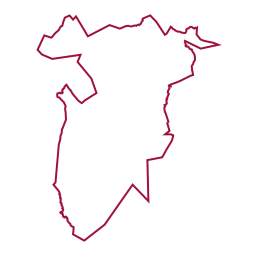 outline of Atlamajalcingo del Monte, Guerrero, Mexico
{"feature_id": "50627088B9042251287678", "entity_name": "Atlamajalcingo del Monte", "entity_type": "district", "adm_level": 2, "iso_a3": "MEX", "parent_name": "Mexico", "parent_adm1": "Guerrero", "projection": "robinson", "projection_center": [-98.589, 17.26], "detail": "fine", "context": "isolated", "style": "outline", "palette": "rose", "viewbox_px": 256, "rotation_deg": 0, "n_neighbors": 0, "source": "geoboundaries", "source_scale": "gbopen_adm2", "svg_char_len": 5179}
<svg xmlns="http://www.w3.org/2000/svg" viewBox="0 0 256 256"><path d="M197.0,27.7L196.6,28.0L196.2,28.1L195.3,27.7L195.0,28.0L194.6,28.4L194.5,28.6L194.3,28.6L192.9,27.8L192.6,27.6L192.2,27.2L191.4,26.8L190.3,26.9L189.9,27.1L189.7,27.3L189.4,27.7L188.7,28.3L187.8,28.5L187.3,28.8L186.5,29.1L186.4,29.3L186.3,29.6L186.3,30.3L186.3,31.0L186.2,31.6L185.9,32.2L185.6,32.5L185.2,33.0L184.6,33.1L181.8,32.6L181.1,32.4L180.1,31.8L179.8,31.7L179.5,31.7L178.2,31.7L177.8,31.7L176.3,30.9L175.3,30.6L175.2,30.5L175.1,30.2L174.8,29.9L174.4,29.6L174.0,29.5L173.5,29.2L173.1,28.9L172.5,28.5L172.2,28.2L171.9,27.5L171.7,27.3L170.7,26.7L170.5,27.1L170.4,27.6L169.8,28.5L169.3,29.2L166.7,33.6L164.9,34.8L156.2,21.6L152.8,18.2L150.2,15.4L143.2,18.4L143.0,18.7L142.9,18.8L142.6,19.0L142.4,19.2L142.4,19.4L142.5,19.6L142.8,20.1L142.8,20.4L142.8,20.6L142.2,21.2L141.8,21.6L141.5,21.9L141.4,22.4L141.2,23.1L141.1,23.4L140.8,23.8L140.4,24.0L139.8,24.7L139.4,25.0L139.2,24.7L138.7,24.6L138.1,24.7L137.6,24.9L136.9,25.4L136.3,25.8L136.0,25.8L135.5,25.6L135.0,25.5L134.4,25.6L133.6,25.7L132.7,26.2L131.8,26.4L130.7,26.4L129.9,26.3L128.5,25.9L127.9,25.9L126.7,26.1L126.4,26.1L126.1,26.0L119.9,28.6L109.5,25.1L87.9,36.3L76.0,16.4L73.1,19.6L69.5,15.5L64.8,17.7L63.2,22.2L62.3,25.8L62.0,26.1L60.7,26.5L58.5,30.4L55.2,33.2L51.7,37.4L51.0,37.6L44.3,35.4L37.6,49.8L41.9,54.5L52.2,58.9L80.5,54.8L77.6,61.9L91.4,78.6L96.5,93.0L85.0,100.3L83.9,101.2L83.5,101.7L82.9,102.2L81.9,103.0L81.4,102.9L80.6,102.4L79.5,101.6L78.0,100.3L75.8,97.6L73.5,94.9L72.2,93.2L70.9,90.7L69.4,89.2L68.4,87.8L66.5,84.7L66.3,84.8L65.9,85.2L65.4,85.8L65.3,86.0L64.8,86.3L64.5,86.8L64.4,87.1L64.5,87.3L64.5,87.6L64.5,87.8L64.4,87.9L64.1,88.1L63.7,88.5L63.3,88.7L63.2,89.2L63.0,89.3L62.7,89.3L62.2,90.4L62.1,90.7L62.2,90.9L62.4,91.3L62.5,91.6L62.4,91.8L62.4,92.1L62.3,92.3L62.5,92.6L62.0,92.9L62.0,93.0L62.1,93.3L61.9,93.4L61.5,93.2L61.2,93.2L60.9,93.3L60.7,93.3L60.6,93.1L60.5,92.9L60.3,92.8L60.1,92.7L59.6,92.7L59.3,92.8L58.9,93.1L57.4,93.4L57.2,94.9L57.2,95.8L57.3,96.6L57.7,97.1L58.5,97.4L59.2,97.5L59.8,98.0L60.9,99.4L62.6,101.0L63.7,102.2L64.3,103.2L65.1,105.0L65.4,105.4L65.6,105.9L65.6,106.5L65.3,107.3L65.2,107.7L65.2,108.5L65.2,109.6L65.3,110.6L65.6,112.1L66.0,119.6L64.1,124.4L62.6,128.2L62.0,129.4L61.8,130.9L61.8,132.1L61.6,133.2L60.7,135.4L60.4,136.6L60.4,137.7L60.4,138.6L58.8,144.7L55.5,182.4L53.5,184.7L58.8,191.1L59.7,193.0L59.6,193.3L59.3,193.8L59.2,194.0L59.3,194.5L59.5,194.6L59.9,194.7L59.9,194.8L60.2,195.4L60.2,195.7L60.1,196.1L60.1,196.7L60.1,196.8L60.2,197.0L60.0,197.5L60.0,197.8L60.1,198.0L60.8,198.3L60.9,198.5L60.7,198.9L60.6,199.1L60.7,199.4L60.7,199.7L60.8,200.2L60.7,200.3L60.7,200.8L60.5,201.2L60.5,201.6L60.4,202.5L60.5,202.6L60.9,202.7L61.0,202.9L61.3,202.9L61.4,203.0L61.4,203.3L61.7,204.1L61.6,204.5L61.3,204.7L61.3,204.8L61.6,205.0L62.0,205.8L62.2,206.1L62.4,206.4L62.4,206.7L62.7,207.4L62.7,207.5L62.2,208.2L62.2,208.4L62.3,208.5L62.8,208.7L62.9,208.8L63.2,209.4L63.0,210.1L62.8,210.3L62.7,210.8L62.6,211.2L62.3,211.4L62.0,211.6L61.5,211.9L61.0,212.0L60.7,212.2L60.4,212.2L60.3,212.3L60.5,212.7L60.6,212.9L60.9,212.9L61.0,213.0L61.1,213.3L61.3,213.4L61.8,213.0L62.0,212.9L62.4,213.1L62.5,213.4L62.5,213.7L62.5,214.0L62.7,214.5L62.9,214.7L63.0,215.0L63.0,215.3L63.0,216.2L63.2,216.4L63.3,216.6L63.7,216.7L64.1,217.3L64.4,217.3L64.7,217.0L64.8,217.0L65.0,217.2L65.1,217.4L65.4,217.2L65.5,217.0L65.8,216.6L66.5,217.1L66.6,217.3L66.8,217.5L67.0,217.8L67.0,218.1L67.4,218.3L67.5,218.4L67.5,218.5L67.5,218.8L67.4,219.2L67.3,219.6L67.6,220.4L67.7,221.0L67.9,221.2L68.1,221.6L68.9,222.6L69.2,223.0L70.0,223.6L70.2,223.9L70.4,224.1L70.4,224.5L70.4,224.9L70.5,225.1L71.1,225.7L71.3,226.0L71.5,226.2L72.6,226.6L73.4,226.9L73.6,227.2L73.6,227.4L73.5,228.9L73.5,230.0L73.0,234.3L84.2,240.6L104.7,224.6L132.6,184.7L148.4,201.1L147.4,160.1L162.2,157.3L166.4,149.7L171.7,141.0L172.2,139.5L173.0,136.6L173.2,135.3L170.6,134.3L165.2,134.3L169.5,130.9L167.3,123.2L168.4,121.7L165.2,112.0L164.8,111.9L164.3,107.5L164.6,107.2L165.3,106.0L164.6,105.1L165.1,104.9L166.7,103.7L166.8,102.5L166.4,101.7L166.5,100.4L166.5,99.9L167.1,99.5L166.6,98.5L166.7,98.2L167.0,97.8L167.3,97.6L167.5,97.4L167.7,96.2L168.8,94.2L168.7,93.6L167.8,92.8L168.0,92.2L167.9,91.1L168.7,89.8L168.9,89.2L169.4,88.6L169.5,88.4L169.4,87.8L169.3,87.3L169.6,86.9L168.8,85.7L169.0,85.3L169.3,85.1L169.7,85.2L170.7,85.8L170.6,85.1L170.8,84.5L173.7,83.4L175.0,83.0L179.6,81.2L190.6,75.7L193.1,75.0L192.9,73.7L192.6,72.6L192.4,71.0L192.2,70.3L192.0,70.1L192.0,68.4L192.0,68.2L191.8,67.5L191.7,67.1L191.7,66.4L191.9,65.7L192.5,65.0L193.0,64.1L193.4,63.3L193.5,62.4L193.8,61.6L194.1,61.4L194.5,60.9L194.7,60.5L194.9,60.0L195.0,58.9L195.0,58.4L194.9,57.9L194.9,56.3L194.6,55.3L194.1,54.0L193.4,52.7L193.0,52.3L192.2,51.0L192.1,50.7L192.0,50.3L191.9,50.1L191.9,49.6L191.6,49.4L191.3,49.4L190.5,49.2L190.1,49.1L189.8,48.8L189.5,48.5L189.3,48.2L189.1,47.7L188.2,46.8L187.8,46.6L187.6,46.5L187.1,46.5L186.9,46.6L186.6,46.6L186.3,46.6L186.0,46.4L185.8,46.1L185.6,45.9L186.2,45.1L185.5,44.1L185.2,42.4L184.8,41.9L185.0,40.9L200.7,48.6L218.4,44.8L213.3,42.8L203.9,40.8L200.5,39.4L199.9,38.7L196.6,34.5L197.0,27.7Z" fill="none" stroke="#9f1239" stroke-width="2"/></svg>